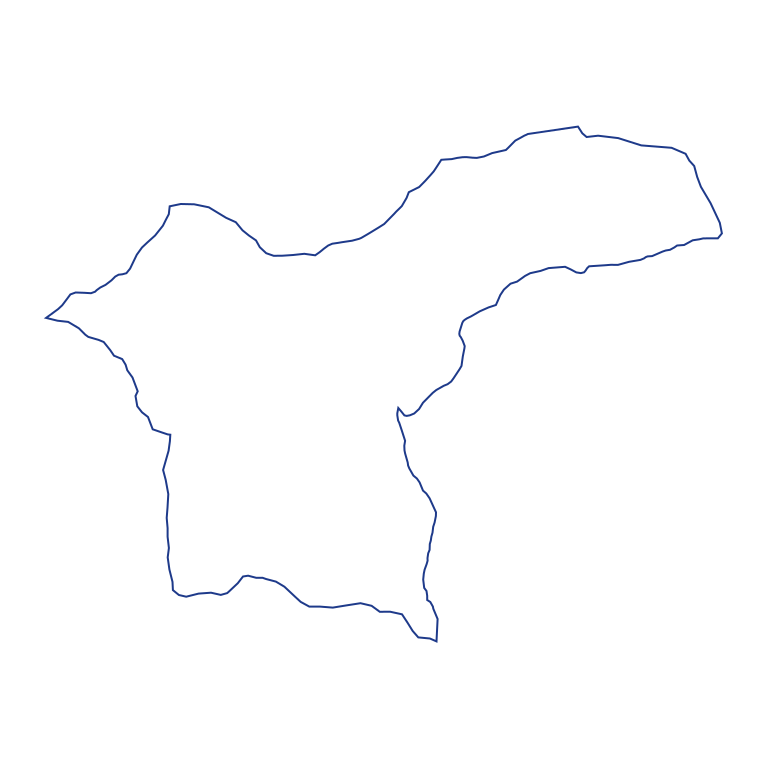 outline of Genye, Thimphu, Bhutan
{"feature_id": "84629894B67329763670216", "entity_name": "Genye", "entity_type": "district", "adm_level": 2, "iso_a3": "BTN", "parent_name": "Bhutan", "parent_adm1": "Thimphu", "projection": "mercator", "projection_center": [89.615, 27.302], "detail": "fine", "context": "isolated", "style": "outline", "palette": "blue", "viewbox_px": 768, "rotation_deg": 0, "n_neighbors": 0, "source": "geoboundaries", "source_scale": "gbopen_adm2", "svg_char_len": 3579}
<svg xmlns="http://www.w3.org/2000/svg" viewBox="0 0 768 768"><path d="M436.5,641.4L437.6,619.0L433.3,608.7L432.9,606.6L430.3,602.0L427.2,600.0L427.2,595.8L426.5,591.0L424.2,587.9L423.2,579.6L423.8,573.6L424.6,569.7L426.6,564.2L427.6,560.7L427.5,558.1L428.2,553.3L429.6,549.9L429.8,544.0L430.8,540.6L431.4,536.5L432.5,532.7L433.2,526.8L434.6,522.5L435.9,516.0L436.0,512.3L429.6,498.3L426.3,493.5L423.0,490.6L419.6,482.4L416.9,478.5L413.4,475.6L409.3,468.4L408.1,465.5L407.7,462.5L405.1,453.4L404.5,450.4L404.3,445.7L405.1,440.8L401.8,430.5L399.2,422.7L398.1,420.5L397.3,415.3L397.3,413.2L398.3,408.0L401.3,411.5L404.4,415.4L406.7,415.9L409.9,415.3L414.2,413.5L419.1,409.0L423.0,402.7L432.7,392.9L436.3,390.0L443.7,385.8L447.6,384.2L451.2,381.5L453.6,378.2L459.5,369.3L461.5,365.9L462.8,356.5L464.4,348.4L464.7,346.1L462.7,340.7L460.8,337.1L459.7,335.7L459.3,333.9L459.6,331.5L462.3,322.9L463.2,321.2L464.6,319.9L466.9,318.4L471.0,316.4L479.8,311.3L488.6,307.4L495.9,305.0L498.4,299.4L500.3,295.0L503.9,289.6L510.5,283.7L517.1,281.6L525.1,275.9L530.2,273.2L540.6,270.9L548.6,268.1L565.1,266.8L570.7,269.4L576.3,272.4L580.9,273.1L584.1,272.3L585.5,270.7L587.2,268.1L589.1,266.3L604.4,265.3L610.9,264.8L617.9,264.9L629.1,261.8L640.4,259.9L644.0,258.4L645.8,257.1L647.6,256.4L652.1,256.1L662.5,251.6L665.7,250.5L670.0,249.8L674.4,247.4L677.1,245.5L684.1,245.0L692.7,240.3L699.3,239.3L703.2,238.4L712.3,238.3L717.9,238.3L721.9,233.4L719.8,222.8L710.6,203.2L700.9,186.8L697.2,177.0L694.2,166.0L689.3,160.6L685.6,153.8L671.6,147.8L641.3,145.4L618.2,138.1L598.1,135.7L586.6,137.0L582.3,133.3L578.0,126.6L527.9,134.0L526.3,134.8L524.4,135.6L520.5,137.8L515.3,140.6L513.9,142.0L508.1,147.9L505.9,150.0L501.0,151.1L492.1,153.1L489.7,154.1L483.9,156.5L476.8,157.9L472.6,157.7L466.4,157.1L462.6,157.2L457.3,157.9L451.7,159.1L447.1,159.4L445.3,159.5L441.3,159.8L436.3,167.5L433.7,171.4L430.4,175.2L427.3,178.6L425.6,180.5L420.7,185.5L419.2,187.0L412.4,190.4L408.8,192.2L406.6,197.9L401.8,206.1L399.3,208.6L396.2,211.6L394.1,213.9L384.2,224.0L378.5,227.6L370.3,232.6L367.3,234.4L361.3,237.9L359.2,238.8L352.1,240.7L342.0,242.2L337.9,242.9L332.3,243.7L328.2,245.5L323.6,248.9L322.2,250.1L319.6,252.2L315.2,255.3L312.2,254.9L304.3,253.8L293.1,255.0L282.6,255.7L273.7,255.8L266.2,253.2L259.8,247.2L256.0,240.4L248.9,235.5L242.5,230.3L235.8,222.2L226.1,217.8L208.8,207.3L194.2,204.3L180.8,204.0L169.7,206.3L168.8,214.2L165.9,219.7L164.9,221.7L162.9,225.7L155.1,235.5L147.2,242.6L142.0,247.5L136.8,254.7L133.5,261.5L130.1,268.6L126.4,273.2L122.3,274.3L118.6,274.7L115.2,276.6L113.8,278.0L111.5,280.3L109.3,282.0L105.5,284.9L100.3,287.5L96.6,290.2L95.1,291.7L91.0,293.2L84.2,292.8L75.6,292.5L70.4,294.4L65.6,300.8L62.2,305.3L58.1,309.1L46.1,317.9L57.5,320.7L68.2,321.9L78.9,328.3L85.3,334.7L88.3,336.9L98.6,339.9L103.7,342.0L110.2,350.1L114.0,355.7L122.2,359.1L125.6,364.7L127.3,370.3L132.5,377.5L137.7,391.3L135.5,396.0L137.3,406.3L142.0,412.3L148.0,417.0L152.7,429.3L162.6,432.7L167.7,434.4L170.3,434.7L169.9,441.2L168.6,450.7L163.1,470.0L165.7,479.9L168.3,494.1L167.5,507.8L166.7,517.9L167.6,528.2L167.6,536.8L168.9,548.0L167.7,557.4L169.4,569.5L172.5,581.9L172.9,590.1L178.9,595.0L186.2,596.7L198.6,593.6L211.0,592.7L220.8,594.9L227.2,593.1L229.1,591.4L237.8,583.2L243.0,576.5L248.1,575.7L256.2,577.8L262.6,577.8L266.0,579.0L275.9,581.6L284.4,586.7L295.6,597.2L300.7,601.9L309.3,606.6L320.0,606.6L332.8,607.6L346.4,605.4L360.5,603.2L371.6,605.8L379.8,611.8L390.0,611.7L402.0,614.3L407.6,622.8L412.7,631.0L418.3,637.4L429.9,638.5L436.5,641.4Z" fill="none" stroke="#1e3a8a" stroke-width="2"/></svg>